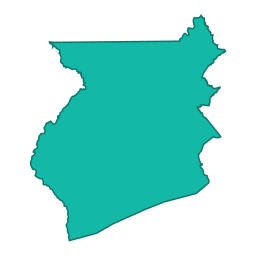 the district of Nyimba, Eastern, Zambia
{"feature_id": "96606910B94036775861358", "entity_name": "Nyimba", "entity_type": "district", "adm_level": 2, "iso_a3": "ZMB", "parent_name": "Zambia", "parent_adm1": "Eastern", "projection": "robinson", "projection_center": [30.526, -14.393], "detail": "fine", "context": "isolated", "style": "filled", "palette": "teal", "viewbox_px": 256, "rotation_deg": 0, "n_neighbors": 0, "source": "geoboundaries", "source_scale": "gbopen_adm2", "svg_char_len": 5590}
<svg xmlns="http://www.w3.org/2000/svg" viewBox="0 0 256 256"><path d="M69.3,240.6L96.7,233.2L112.8,223.9L145.6,209.2L164.5,201.8L196.3,193.4L208.8,182.8L208.9,182.4L208.6,181.5L208.6,180.8L209.0,180.3L208.0,178.4L207.3,177.8L207.1,177.2L207.2,175.9L206.7,175.5L204.6,175.2L203.9,174.3L203.1,171.9L203.5,171.2L202.7,170.1L202.6,169.4L201.6,168.2L200.8,167.8L200.8,167.2L200.3,166.5L200.3,165.7L200.7,165.8L201.2,165.1L201.9,165.3L202.0,165.1L202.2,164.0L200.4,163.6L200.5,162.4L199.6,161.4L199.6,160.1L198.9,159.0L198.4,155.1L199.0,154.1L198.9,153.7L201.4,150.8L203.3,144.9L204.3,143.8L213.8,136.5L214.5,137.4L216.6,137.7L220.0,137.4L220.7,136.5L206.2,118.4L203.5,116.7L202.8,115.5L202.7,114.5L201.9,112.8L200.7,113.0L200.2,111.8L200.3,111.3L199.7,110.8L199.2,110.8L199.1,110.1L198.7,110.3L198.5,110.0L198.5,108.7L197.5,108.2L197.2,107.7L197.9,106.8L200.0,107.3L200.4,105.7L201.3,106.0L201.6,104.6L202.0,104.6L202.5,105.1L203.9,104.7L204.7,105.3L206.4,105.3L207.3,105.6L208.5,105.4L208.9,105.6L209.0,104.9L209.3,104.7L208.9,104.1L209.3,103.8L209.6,103.3L210.1,101.1L209.8,99.6L209.5,99.6L209.5,98.9L209.9,98.6L210.5,97.0L210.7,96.7L211.1,96.8L211.5,96.6L212.3,95.5L212.8,95.5L212.9,95.2L212.6,95.1L212.7,94.3L213.1,94.1L213.2,94.4L213.7,94.7L214.7,93.0L215.6,92.8L215.8,92.4L216.6,92.4L216.6,91.8L217.4,90.9L217.4,90.1L217.8,90.0L218.6,89.0L219.6,88.4L219.9,87.9L220.1,87.3L219.0,87.4L216.1,88.3L213.8,88.5L212.5,87.7L211.9,86.8L212.1,86.4L211.8,85.6L211.0,86.0L210.2,85.8L209.8,86.2L209.5,86.1L209.3,85.7L209.0,85.6L208.8,85.1L208.1,85.4L207.5,84.8L207.6,84.4L207.1,83.7L207.5,82.4L206.7,81.9L206.9,81.7L206.5,81.1L206.5,80.3L205.3,80.0L205.0,78.6L204.5,78.7L204.1,77.9L203.9,77.8L203.5,78.2L202.6,77.8L202.0,77.8L203.2,73.7L208.5,65.7L209.3,65.6L209.4,65.1L210.1,64.5L210.3,64.4L210.4,64.8L211.4,64.4L211.4,63.5L212.9,63.1L213.6,62.5L213.7,60.0L213.4,59.4L213.8,59.4L214.1,59.8L215.2,59.2L216.5,58.1L216.4,57.4L217.7,56.4L218.3,55.2L220.1,55.2L220.4,54.4L223.2,52.6L223.5,52.7L223.6,52.3L224.1,52.3L224.1,51.9L224.5,52.0L225.5,51.2L225.3,50.4L224.5,50.0L224.2,49.6L221.0,49.4L219.4,48.9L218.9,49.1L217.6,48.4L217.1,46.4L217.6,45.1L216.3,45.4L216.1,44.7L214.7,44.1L214.4,43.4L213.8,43.2L213.0,42.3L213.1,41.9L212.8,41.5L213.2,40.7L212.6,39.9L212.4,38.4L212.6,35.4L213.0,35.2L213.0,34.9L212.2,35.2L211.7,34.9L211.2,35.1L210.8,34.7L210.6,33.4L210.8,33.0L210.2,32.8L210.2,31.7L209.5,31.6L208.9,30.7L208.9,30.3L208.6,29.8L207.5,28.9L208.0,28.3L207.9,27.7L208.2,27.2L208.1,26.7L207.4,26.8L207.3,26.0L206.5,25.9L206.6,26.3L206.3,26.4L205.9,25.5L205.0,25.0L205.4,24.5L204.8,24.2L204.6,23.4L204.8,23.1L205.2,23.3L205.4,23.1L205.2,22.4L204.6,22.4L204.1,22.0L204.4,20.8L204.1,20.0L204.3,19.1L204.1,18.0L203.5,18.2L202.8,17.7L202.3,17.9L202.3,17.2L201.9,16.9L201.7,16.1L201.1,15.4L199.9,17.0L198.6,17.8L196.8,18.0L194.7,17.6L194.1,18.0L193.5,19.0L193.3,20.9L193.8,24.2L194.5,25.8L194.4,26.7L194.1,27.5L193.4,28.4L192.4,28.7L188.8,27.9L188.1,28.3L187.5,30.6L188.9,34.2L188.6,35.2L188.4,35.4L187.2,35.2L185.5,33.6L184.4,33.5L182.8,35.8L182.1,37.8L179.9,39.1L179.6,40.0L179.7,41.2L54.0,42.4L49.5,41.9L49.6,43.0L50.4,43.6L51.5,43.8L52.3,44.9L52.6,44.6L52.7,46.0L53.0,46.4L52.9,46.9L53.5,46.2L54.2,46.1L55.1,47.0L56.1,47.3L56.3,48.2L56.8,48.7L59.1,49.6L59.1,50.1L60.1,51.3L60.1,51.8L59.9,52.2L59.4,52.6L59.0,53.3L59.2,53.6L60.1,53.9L60.5,55.8L61.0,56.3L61.3,57.8L60.9,59.3L61.0,60.1L60.6,62.0L61.5,62.5L61.7,63.2L62.8,63.6L63.9,66.6L65.5,66.4L65.7,66.7L65.5,67.4L65.8,67.8L67.1,67.1L67.7,67.2L70.8,68.5L72.3,69.4L75.0,68.8L75.6,69.2L76.1,69.2L76.4,69.6L76.9,69.7L76.9,70.4L76.8,70.7L77.0,71.3L77.7,71.6L78.1,72.5L78.5,71.9L78.9,73.0L80.1,73.0L80.4,72.5L81.0,72.5L80.9,73.4L81.2,73.5L81.4,74.0L80.9,74.4L80.9,75.1L81.5,75.4L81.6,76.5L81.9,77.0L81.9,77.5L82.9,78.1L83.7,78.2L83.5,79.6L83.2,80.1L83.7,80.9L83.5,81.3L83.9,82.4L84.6,82.5L85.0,82.9L84.8,83.5L84.0,83.5L83.2,84.9L84.9,85.8L85.4,86.3L85.6,87.1L85.7,88.9L85.4,89.3L84.8,89.5L83.5,88.9L82.5,89.8L81.1,88.9L80.3,89.0L80.0,89.5L79.8,90.9L78.3,92.0L77.7,93.5L77.0,93.6L75.8,95.1L74.6,95.5L74.3,96.2L72.9,96.3L71.6,97.2L71.1,98.3L70.4,99.0L70.4,100.0L69.6,101.0L69.3,102.2L68.1,104.3L67.1,105.0L66.9,106.0L66.1,106.4L65.2,107.5L64.0,108.0L63.5,108.8L62.7,109.2L62.4,110.1L62.7,110.7L60.1,113.0L60.0,113.7L60.2,114.6L59.6,115.2L57.8,116.1L57.6,116.8L57.7,117.4L58.6,117.2L59.1,118.0L57.4,119.4L56.0,122.7L55.1,123.9L54.2,124.2L52.9,123.6L51.8,122.7L51.3,121.6L50.6,121.2L49.7,121.9L49.2,121.9L49.0,122.2L48.2,122.3L47.6,122.9L46.5,123.2L44.9,126.6L44.1,127.6L44.0,128.2L44.8,129.5L45.0,130.7L44.9,132.1L44.4,133.3L44.1,133.6L42.8,133.4L41.2,133.7L39.1,136.1L38.7,138.5L38.8,140.0L38.5,140.4L37.5,140.9L37.0,143.3L36.5,144.2L36.8,145.0L37.5,145.8L37.6,146.6L36.8,148.4L34.3,149.8L33.9,150.8L33.3,151.4L33.3,152.0L33.6,152.3L34.8,152.1L35.1,152.5L35.1,153.1L34.4,154.7L32.0,156.4L31.8,158.9L30.5,162.4L30.9,165.4L32.7,169.1L33.6,169.5L34.7,169.2L36.2,170.7L36.2,172.3L35.3,174.8L35.2,175.4L35.7,176.1L39.3,178.4L42.3,179.0L43.6,182.2L43.1,183.4L43.3,184.5L43.9,184.8L45.7,184.5L46.4,184.8L46.7,185.6L47.1,185.9L49.0,186.1L50.5,189.0L51.8,189.3L52.4,189.9L53.0,190.8L53.3,192.0L54.1,192.7L54.5,194.0L56.6,196.0L57.3,197.7L58.6,198.3L59.5,199.5L60.4,200.2L62.0,200.7L63.2,202.7L64.1,203.2L64.2,204.5L64.0,205.3L64.2,205.9L64.8,206.3L65.6,206.3L66.9,206.8L66.7,207.9L68.1,211.5L68.0,213.0L67.6,213.4L67.6,213.8L68.4,216.7L67.9,218.5L67.6,218.9L67.6,219.9L68.0,221.4L67.6,222.9L66.4,224.6L66.3,225.2L66.4,226.1L67.2,227.8L67.5,229.0L67.6,231.9L69.1,235.1L69.1,236.0L68.5,237.2L69.2,239.2L69.3,240.6Z" fill="#14b8a6" stroke="#0f766e" stroke-width="1.5"/></svg>